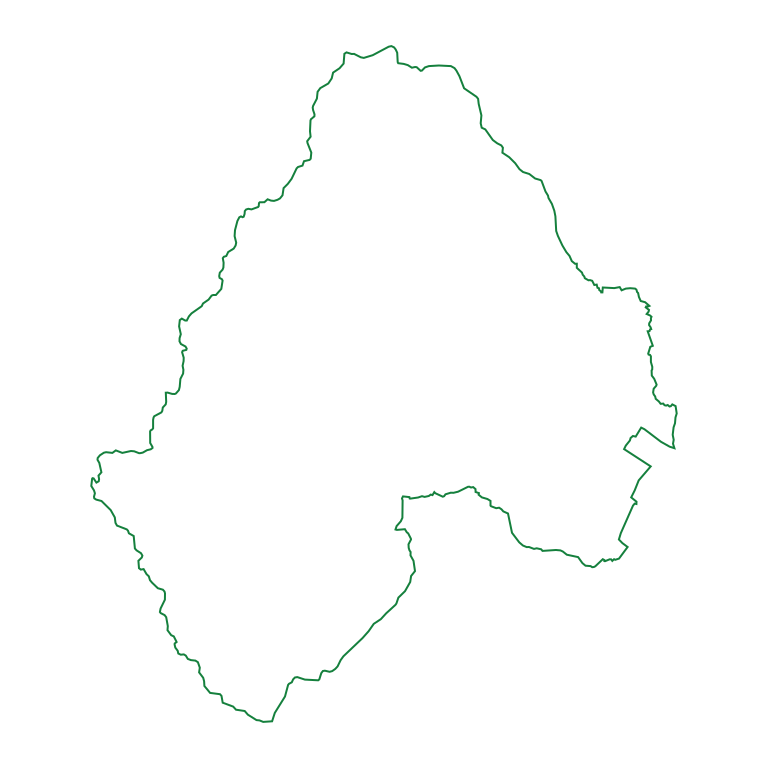 Hang Chat, Lampang, Thailand (Natural Earth projection)
{"feature_id": "78962969B1257188222382", "entity_name": "Hang Chat", "entity_type": "district", "adm_level": 2, "iso_a3": "THA", "parent_name": "Thailand", "parent_adm1": "Lampang", "projection": "natural_earth1", "projection_center": [99.296, 18.345], "detail": "fine", "context": "isolated", "style": "outline", "palette": "green", "viewbox_px": 768, "rotation_deg": 0, "n_neighbors": 0, "source": "geoboundaries", "source_scale": "gbopen_adm2", "svg_char_len": 6070}
<svg xmlns="http://www.w3.org/2000/svg" viewBox="0 0 768 768"><path d="M428.9,66.1L425.0,67.4L421.9,70.6L420.6,70.8L416.7,67.2L415.1,67.0L411.9,67.7L407.8,65.1L403.7,63.9L398.2,63.2L397.7,62.1L397.2,52.7L395.7,49.5L394.1,47.4L391.4,46.1L388.7,46.7L372.7,55.2L363.8,57.9L360.8,57.3L354.1,53.9L351.7,54.0L346.5,52.4L344.4,53.8L343.6,63.6L339.5,68.3L333.1,72.6L331.7,78.4L328.3,83.5L320.3,88.1L317.6,91.8L316.9,98.6L313.1,105.9L312.7,107.6L313.1,110.1L314.5,114.3L314.4,116.3L311.0,119.2L310.5,120.4L310.0,131.3L310.6,136.7L307.2,141.2L307.5,143.0L311.3,152.6L310.7,158.7L309.6,159.9L304.0,161.2L302.5,165.6L298.0,167.0L296.6,168.4L291.6,178.8L287.8,183.9L283.6,188.1L282.5,195.3L280.0,198.4L277.5,199.8L274.0,200.9L271.0,200.6L267.6,199.3L264.4,202.2L259.7,202.3L259.0,203.1L258.7,206.2L258.1,207.0L251.5,209.4L248.3,208.8L246.1,209.5L244.8,211.1L244.6,213.9L243.7,216.7L242.6,217.2L241.0,216.4L239.3,217.3L237.4,221.0L235.0,230.2L234.6,236.1L236.2,242.7L235.6,245.5L233.7,248.6L228.2,252.0L226.3,256.0L223.8,256.8L222.8,258.2L223.6,262.7L223.4,267.5L222.6,269.6L219.8,272.7L219.2,276.1L219.6,277.9L221.9,279.2L222.6,280.6L221.3,288.9L215.9,295.0L213.2,295.0L211.6,295.6L208.6,299.6L203.0,303.5L201.7,306.2L191.5,313.4L188.9,316.4L186.8,320.5L185.1,320.5L181.8,318.6L179.8,320.1L179.1,326.4L180.8,334.2L179.6,338.1L179.5,341.3L180.9,344.0L185.5,346.5L186.7,348.6L186.3,349.9L182.7,350.8L182.1,352.2L183.7,357.7L183.6,361.1L182.6,365.8L183.4,369.8L183.1,373.6L180.4,378.9L179.7,386.9L178.9,390.1L175.9,393.5L174.7,394.0L172.1,393.9L167.6,392.6L165.8,392.7L166.2,401.9L165.7,404.4L162.8,407.5L162.3,410.8L161.4,412.4L154.3,416.2L153.6,417.4L153.1,419.8L153.1,428.3L152.2,429.5L150.6,430.4L150.1,431.5L150.2,443.0L152.5,447.0L152.5,448.0L150.7,449.3L147.0,450.2L142.8,452.6L140.5,453.1L139.1,453.2L134.2,451.3L131.0,451.0L122.3,452.9L115.8,450.4L112.4,452.9L106.1,452.2L103.9,452.7L99.9,455.3L97.7,458.0L97.5,459.8L99.3,462.9L101.4,472.3L98.5,475.6L99.1,479.2L98.7,481.3L96.4,482.6L93.6,478.4L92.5,478.2L92.1,478.8L91.3,486.0L94.0,490.4L94.9,493.3L94.0,496.7L94.3,498.4L96.2,499.6L101.5,501.0L110.7,510.1L114.8,517.4L115.5,522.9L117.0,525.6L126.8,529.4L128.0,530.7L128.9,533.3L133.7,536.0L134.9,548.5L136.6,550.4L141.0,553.2L142.4,555.6L141.8,557.5L138.4,560.8L139.0,568.2L140.8,569.6L143.6,569.1L146.5,574.1L148.8,576.3L150.0,580.2L152.1,582.7L157.8,588.2L162.9,589.7L164.5,591.5L165.0,593.4L164.9,599.7L160.6,608.5L159.9,612.0L160.7,613.1L164.6,615.1L166.2,617.2L167.8,626.1L167.5,630.2L171.2,635.2L173.8,636.4L176.6,642.0L174.7,643.5L174.6,644.5L175.3,647.6L177.7,650.8L178.3,653.5L180.8,654.7L183.8,654.4L185.8,655.6L187.8,658.9L190.9,660.1L195.4,660.6L197.9,662.2L199.8,667.7L199.1,672.4L203.2,677.8L204.1,681.2L204.4,686.0L210.1,692.9L220.0,694.2L221.5,695.9L222.7,702.7L233.2,706.6L236.0,709.7L244.7,711.0L247.9,714.7L256.5,720.1L259.5,720.4L263.2,721.9L272.1,721.3L274.8,712.9L285.0,696.5L288.1,684.9L289.0,683.8L291.8,682.3L293.1,679.4L294.9,677.5L297.3,677.1L304.9,679.6L318.2,680.3L319.3,679.4L321.3,673.1L322.9,671.0L324.9,670.7L329.6,671.8L332.2,671.1L335.3,668.9L337.6,666.4L340.6,660.2L343.4,656.3L362.6,638.0L368.7,631.1L373.8,623.8L380.9,619.1L386.2,613.3L395.5,604.8L396.4,603.5L398.4,597.6L405.0,591.2L410.2,582.0L411.1,576.0L415.0,571.1L413.5,560.8L410.5,555.4L410.6,552.0L409.5,550.4L408.7,547.9L408.5,544.3L411.0,539.5L410.9,538.7L408.2,533.4L406.8,532.3L404.9,529.2L396.9,529.9L395.5,529.5L396.6,526.1L400.8,521.3L402.4,517.8L402.6,500.4L402.0,498.4L403.0,496.4L409.4,497.1L409.7,498.5L410.4,498.6L418.1,497.5L422.0,496.2L424.6,496.9L428.8,496.0L430.7,494.6L432.5,495.1L434.3,492.1L435.3,493.2L442.8,496.7L444.1,496.2L445.5,494.3L450.8,492.7L453.5,492.8L458.1,491.7L468.0,486.8L469.3,486.7L471.0,487.5L473.2,487.1L475.5,489.1L475.6,492.0L478.9,493.1L478.6,494.7L481.9,497.4L487.4,499.0L490.5,500.9L490.5,505.6L491.0,506.2L496.2,508.2L499.1,507.7L501.5,509.3L503.3,511.4L508.0,513.5L512.0,532.8L519.2,542.3L522.9,545.5L526.7,547.1L529.0,547.0L534.0,548.9L536.7,548.3L541.2,549.3L542.5,550.9L555.9,550.0L560.4,550.4L562.8,551.5L566.8,554.7L578.1,557.1L582.4,563.1L585.5,565.7L590.6,566.1L592.2,567.2L593.9,567.0L595.3,566.3L602.8,559.2L604.4,560.1L604.4,561.1L605.0,561.2L609.7,559.3L611.2,559.4L612.3,560.9L614.1,559.2L615.2,559.8L619.0,558.6L627.6,547.0L622.4,543.1L618.9,539.5L620.8,533.2L633.0,505.6L634.7,503.6L636.4,504.0L636.5,501.7L631.2,497.4L634.7,490.4L638.7,480.4L650.7,466.4L624.1,449.1L625.8,445.6L629.9,440.5L630.6,438.0L632.9,436.0L635.7,436.6L641.2,427.6L644.4,429.2L661.0,441.8L669.7,446.7L674.4,448.2L673.0,443.7L673.7,439.8L672.7,434.8L673.6,427.3L675.0,423.3L675.5,417.4L676.7,413.5L675.6,406.1L672.3,404.4L670.8,406.2L669.5,406.5L667.7,405.0L666.1,405.6L664.5,405.2L663.3,403.6L660.6,403.8L658.9,401.5L655.7,398.8L655.2,396.5L653.7,394.4L653.1,392.4L653.7,388.7L656.2,385.8L656.6,384.6L654.2,378.8L651.8,375.6L651.6,370.5L652.2,369.5L652.3,366.9L650.9,362.0L650.9,356.3L650.0,354.9L648.6,354.6L648.2,353.6L650.3,346.8L652.8,345.8L647.7,331.3L649.5,331.1L650.1,329.4L651.2,329.1L650.6,327.3L649.1,325.1L649.2,323.3L651.0,320.4L650.9,318.1L651.5,316.8L650.1,315.5L646.7,314.0L648.6,311.6L649.0,309.9L645.7,307.4L646.2,306.4L648.0,306.5L649.4,305.9L645.1,302.2L640.7,301.0L638.9,296.9L638.1,293.0L637.1,292.0L636.4,289.6L635.1,288.6L630.2,288.2L625.8,288.6L621.6,290.3L619.7,287.1L614.3,288.1L602.8,287.5L602.4,292.4L601.2,292.4L600.9,291.3L599.3,290.1L598.9,288.2L597.5,287.8L596.7,284.6L594.3,285.0L592.2,280.8L590.0,280.1L588.5,280.3L584.8,278.2L584.3,276.5L582.7,274.7L582.0,272.6L576.8,267.8L576.8,263.7L575.1,263.8L571.8,261.1L569.5,255.9L566.4,252.2L562.4,245.5L557.9,235.9L556.2,231.0L555.4,216.3L554.3,210.7L551.9,203.9L548.5,198.0L548.0,195.6L545.5,191.5L541.6,181.0L540.6,180.1L535.1,178.5L529.3,174.0L523.0,172.0L519.5,169.2L515.2,163.2L509.2,157.2L502.4,152.7L502.9,147.7L501.3,145.4L497.2,143.3L492.8,140.0L485.3,129.4L481.7,127.7L480.7,123.3L481.4,115.4L478.7,103.9L478.1,98.8L476.5,96.8L464.1,88.3L459.4,76.1L456.4,70.6L454.5,68.1L450.9,66.1L438.9,65.5L428.9,66.1Z" fill="none" stroke="#15803d" stroke-width="2"/></svg>